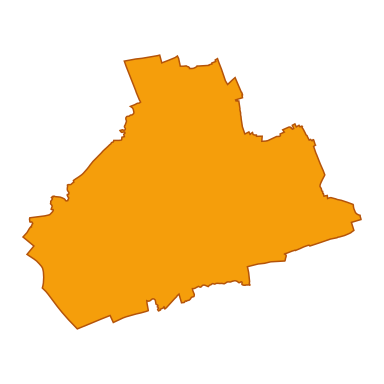 Tieu Can, Trà Vinh, Vietnam (Mercator projection)
{"feature_id": "81297802B7308282486980", "entity_name": "Tieu Can", "entity_type": "district", "adm_level": 2, "iso_a3": "VNM", "parent_name": "Vietnam", "parent_adm1": "Trà Vinh", "projection": "mercator", "projection_center": [106.203, 9.81], "detail": "fine", "context": "isolated", "style": "filled", "palette": "amber", "viewbox_px": 384, "rotation_deg": 0, "n_neighbors": 0, "source": "geoboundaries", "source_scale": "gbopen_adm2", "svg_char_len": 5950}
<svg xmlns="http://www.w3.org/2000/svg" viewBox="0 0 384 384"><path d="M130.4,106.4L132.1,107.6L132.6,108.1L133.1,109.0L133.3,109.6L133.8,111.8L133.9,112.7L133.7,113.3L133.3,113.9L132.2,114.8L131.7,115.0L130.4,115.1L129.2,116.1L128.8,116.2L127.1,116.4L126.7,116.6L126.1,117.4L125.9,117.8L125.8,119.0L126.4,120.7L126.4,121.6L125.2,124.9L124.6,125.8L124.4,126.8L124.5,127.1L125.3,128.4L125.4,128.9L125.2,129.6L124.7,130.0L124.3,130.2L123.5,130.2L122.7,129.8L122.3,129.8L120.0,130.5L120.6,131.5L121.4,132.2L121.7,132.4L122.8,132.3L123.7,131.9L124.1,131.9L124.7,132.2L125.0,133.1L123.8,134.2L123.7,134.4L124.4,136.6L121.9,137.2L121.7,139.6L121.5,139.9L121.2,140.1L119.2,140.4L113.8,140.4L113.5,141.7L113.3,141.9L111.8,142.5L111.4,142.8L110.6,144.1L109.7,144.7L108.1,146.3L103.5,150.5L100.7,153.6L93.0,161.4L89.5,165.8L89.4,166.1L87.1,169.0L83.3,173.3L81.8,174.7L78.6,177.0L75.8,178.8L73.4,180.5L73.8,182.2L72.8,182.8L71.0,184.4L70.4,184.6L68.2,184.6L67.6,184.9L67.4,185.1L67.6,186.2L67.3,188.2L67.3,189.8L67.6,190.7L68.8,192.4L68.9,192.7L68.8,193.8L68.5,194.3L68.1,194.5L67.4,194.4L67.2,194.8L67.2,195.2L67.8,196.7L68.7,197.8L68.7,198.2L67.9,199.9L67.8,200.6L66.5,200.9L65.9,200.8L65.5,200.5L65.0,199.5L64.2,198.8L62.1,197.8L60.1,197.1L55.2,196.6L54.0,196.1L53.8,196.5L53.4,196.8L52.8,196.4L52.5,196.4L52.0,197.1L51.4,197.6L51.6,197.9L52.3,198.3L52.4,198.9L52.1,199.5L50.7,201.3L50.8,202.5L50.5,203.4L50.6,203.9L51.6,204.9L52.1,206.1L52.1,206.7L51.4,208.3L51.2,209.4L51.8,209.6L53.0,209.5L53.2,209.8L53.3,210.3L53.1,210.8L52.5,211.8L49.8,214.6L48.3,215.1L44.7,215.9L29.8,217.8L29.5,219.1L29.9,221.9L30.3,222.1L31.4,221.9L31.8,222.0L32.5,222.9L32.7,223.7L32.1,224.2L31.9,225.1L31.4,226.1L31.4,226.8L30.9,226.6L29.4,228.5L27.0,232.6L25.6,234.1L23.0,237.0L33.9,246.0L27.0,254.4L34.1,259.1L36.6,261.0L39.2,263.7L41.2,266.0L42.4,267.8L42.9,269.4L43.4,271.9L43.7,277.3L43.4,283.0L42.9,285.8L42.3,288.0L45.9,291.5L48.2,294.3L57.2,306.3L62.1,312.4L68.5,319.7L77.3,328.9L92.2,322.8L101.8,318.8L110.1,315.5L113.3,322.5L123.1,317.9L126.1,316.8L136.0,314.0L140.9,312.9L146.2,311.4L148.2,310.7L148.3,310.5L147.5,305.9L147.0,303.3L146.8,300.7L148.1,301.2L149.5,301.0L150.4,300.5L152.1,299.1L153.0,298.8L154.0,299.0L155.2,300.0L155.3,300.3L155.9,303.6L156.0,304.1L156.3,304.4L157.1,304.7L157.9,305.4L157.9,305.7L157.4,306.3L157.4,307.0L158.2,307.3L158.4,307.7L158.4,308.1L158.4,308.4L157.7,309.2L157.6,309.6L158.5,310.9L159.6,310.5L160.4,310.0L160.2,309.3L163.6,307.8L163.8,307.0L164.0,306.8L164.2,307.0L164.5,308.3L164.9,308.9L166.4,307.7L174.3,299.0L176.7,296.6L177.1,295.8L179.0,294.1L181.5,302.8L184.1,302.5L184.6,302.1L185.2,301.1L185.7,301.0L186.6,301.2L187.2,300.6L188.3,300.4L189.3,300.1L190.5,298.9L190.9,298.1L191.5,297.4L192.0,297.1L193.8,296.6L194.0,296.4L194.2,295.7L194.3,294.4L192.8,290.7L192.4,288.6L193.6,288.6L194.7,288.4L198.4,286.4L200.0,287.1L200.7,287.1L201.2,286.8L202.5,285.4L203.0,285.2L204.0,285.1L204.9,285.2L208.2,286.6L208.4,286.5L208.9,285.8L209.6,285.2L211.0,284.7L212.3,283.7L212.8,283.6L214.7,284.1L215.1,284.0L215.8,283.5L216.4,283.4L217.8,283.3L219.8,283.5L221.9,283.4L224.1,283.8L224.4,283.7L225.5,283.1L227.2,282.0L228.5,281.9L229.6,282.0L230.2,282.0L230.8,281.9L232.2,281.3L234.3,280.8L235.1,280.7L236.3,281.0L237.4,281.5L238.7,282.6L239.1,282.7L239.6,282.6L241.0,281.8L241.5,281.8L241.8,282.0L242.1,282.4L241.9,284.0L242.0,284.5L243.1,285.1L245.1,285.3L245.9,285.0L249.1,284.9L249.7,285.2L249.9,285.1L249.9,284.7L249.3,283.4L249.6,281.5L248.6,272.3L247.4,266.7L258.1,264.0L264.6,263.3L270.7,261.8L284.8,261.0L285.2,260.2L285.6,258.0L286.0,256.9L286.2,255.9L286.1,255.3L285.9,255.0L285.2,254.4L284.6,254.0L285.1,253.6L286.0,253.5L292.1,251.1L295.1,250.2L295.4,250.5L300.0,248.6L303.7,246.9L307.3,245.6L308.4,245.3L309.3,245.3L309.5,245.4L309.9,246.0L320.8,242.4L330.3,239.1L336.2,237.9L336.9,237.8L337.9,237.2L339.7,236.9L344.6,235.5L348.6,233.8L350.7,232.8L351.8,231.9L353.9,230.4L351.4,222.4L361.0,219.5L360.9,218.8L360.2,216.5L360.1,215.8L360.1,215.3L358.6,214.9L357.2,214.2L355.8,213.0L355.2,212.0L353.8,208.5L353.4,206.4L353.3,204.9L353.0,204.4L347.6,202.4L341.3,200.3L337.3,199.5L335.8,198.9L330.9,197.6L329.4,197.8L327.6,198.5L327.3,195.5L325.5,195.8L324.0,196.2L323.4,193.6L322.8,193.5L322.6,191.3L321.8,191.0L321.6,190.7L321.6,190.0L321.3,188.7L320.6,187.4L320.0,186.7L320.0,185.5L320.2,184.6L320.8,183.0L322.2,180.0L324.4,175.8L324.8,174.9L323.1,170.4L320.2,163.8L316.5,154.4L316.0,153.4L313.6,146.4L315.5,145.1L315.2,144.8L313.7,140.0L313.4,139.7L313.0,139.7L312.4,140.6L312.1,140.8L311.8,140.7L310.6,139.4L309.2,140.1L307.4,136.6L307.1,135.7L306.9,135.5L306.1,134.9L305.8,134.5L305.5,133.6L303.2,129.1L302.2,127.8L302.1,127.1L302.4,126.8L301.9,126.1L299.9,126.8L299.0,125.3L296.3,126.9L294.9,123.9L292.3,125.3L293.7,128.6L292.4,129.2L291.9,128.6L291.6,128.5L291.4,128.4L291.1,127.5L290.3,127.5L290.0,127.0L288.8,127.1L282.7,129.8L284.3,132.1L280.1,134.0L280.4,135.7L279.4,136.4L276.6,136.5L267.9,140.6L265.6,141.1L261.8,141.3L262.2,136.2L256.5,136.3L256.4,135.0L254.5,135.0L253.1,134.5L252.5,132.5L251.1,133.4L250.5,133.9L250.3,134.4L250.3,135.0L248.9,131.9L244.9,134.0L244.8,133.9L242.4,126.8L241.2,119.0L241.0,116.6L240.8,115.9L240.6,114.7L240.6,112.8L239.8,109.4L240.0,109.0L238.8,101.0L238.0,101.2L237.6,100.6L236.1,101.0L235.6,99.9L242.5,97.7L242.0,95.1L242.5,95.0L242.5,94.6L241.7,92.4L241.4,92.4L235.1,77.6L232.0,80.3L227.6,84.5L225.4,80.8L224.5,78.1L221.5,69.3L218.8,62.4L217.5,58.6L215.2,60.0L215.7,61.5L211.8,63.0L211.8,64.1L211.3,64.1L209.0,64.9L208.9,65.4L199.1,66.0L197.0,66.0L196.9,66.5L195.1,67.6L194.0,68.1L193.0,68.4L191.5,68.5L189.5,68.5L189.4,67.6L188.9,67.2L188.4,66.8L187.7,66.7L186.2,65.9L183.4,66.2L180.3,66.2L178.6,58.4L177.4,56.0L175.1,57.6L169.0,60.1L161.8,62.9L159.7,55.1L157.3,55.7L142.1,58.3L135.8,59.0L124.3,61.1L126.2,66.5L135.5,90.1L136.5,93.0L139.4,99.9L140.6,102.1L139.4,103.0L138.5,103.2L137.3,103.3L134.7,104.7L130.4,106.4Z" fill="#f59e0b" stroke="#b45309" stroke-width="1.5"/></svg>